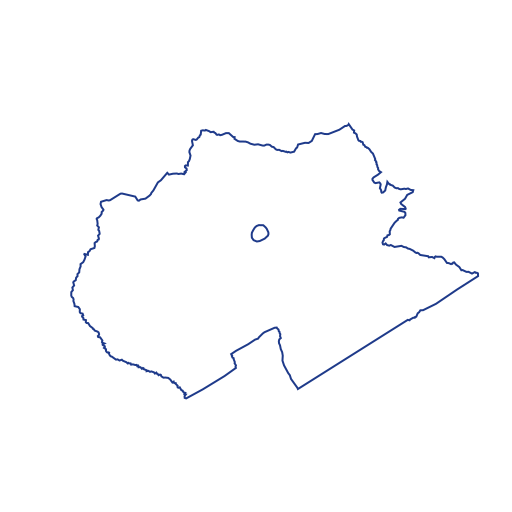 Kamonia, Kasaï-Occidental, Democratic Republic of the Congo, rotated 329°
{"feature_id": "63176286B40120828568077", "entity_name": "Kamonia", "entity_type": "district", "adm_level": 2, "iso_a3": "COD", "parent_name": "Democratic Republic of the Congo", "parent_adm1": "Kasaï-Occidental", "projection": "orthographic", "projection_center": [20.742, -6.517], "detail": "fine", "context": "isolated", "style": "outline", "palette": "blue", "viewbox_px": 512, "rotation_deg": 329, "n_neighbors": 0, "source": "geoboundaries", "source_scale": "gbopen_adm2", "svg_char_len": 6082}
<svg xmlns="http://www.w3.org/2000/svg" viewBox="0 0 512 512"><g transform="rotate(329 256 256)"><path d="M76.0,225.1L76.3,226.2L77.6,227.1L77.6,230.5L78.9,233.7L78.7,234.4L79.3,235.3L79.3,236.8L81.3,239.3L81.7,240.4L81.3,242.1L80.9,242.7L79.2,243.2L79.0,244.2L80.5,245.4L80.8,249.3L79.6,250.5L79.6,251.1L81.0,252.9L79.0,252.8L78.8,253.3L79.9,255.4L79.6,256.2L78.4,256.5L79.4,258.7L78.5,260.0L78.6,261.6L79.0,262.3L79.9,262.6L80.3,263.2L79.7,263.8L79.5,266.0L79.9,267.3L80.6,268.0L82.6,272.7L84.1,273.3L85.2,275.3L87.6,275.8L88.0,277.3L90.2,280.3L90.7,282.0L91.6,281.9L91.9,282.7L93.2,283.5L93.0,284.8L94.7,285.5L96.4,287.3L97.5,287.8L97.5,289.2L98.5,289.1L98.6,289.9L98.1,290.9L99.7,291.8L100.1,293.9L101.4,293.7L101.8,294.3L101.5,295.2L103.4,297.6L102.9,298.4L104.6,299.0L105.5,300.7L106.8,301.0L108.6,303.1L108.8,304.7L110.5,304.6L110.5,306.0L111.0,306.3L111.1,308.0L112.7,308.2L113.2,308.9L112.9,310.4L114.0,312.6L115.7,313.5L118.0,315.3L118.9,317.8L119.2,321.4L120.7,321.3L120.4,322.5L120.7,323.1L121.7,323.6L121.4,324.6L122.0,326.8L121.5,327.3L121.2,328.3L121.7,329.0L123.0,329.3L122.9,332.3L123.8,333.7L123.5,334.4L124.0,336.0L124.8,336.8L123.6,337.4L124.6,338.5L122.6,339.3L121.8,340.9L122.8,342.1L141.7,342.9L167.2,342.7L181.1,341.6L181.4,340.4L182.5,339.4L182.4,337.0L183.2,336.0L183.7,333.0L184.2,332.1L183.5,330.9L183.8,329.2L184.2,329.1L184.2,327.3L190.2,327.0L203.8,327.6L212.2,327.2L215.2,327.9L216.6,327.2L221.9,325.9L224.0,325.7L235.0,327.1L236.9,328.0L236.8,328.8L237.4,330.6L236.8,332.2L237.1,333.0L236.5,334.5L236.6,335.5L235.3,337.1L235.0,339.1L233.0,339.5L231.7,340.8L230.8,342.7L230.6,344.9L229.3,348.5L228.9,351.9L227.6,355.2L224.8,359.3L223.7,364.2L223.3,373.0L223.6,375.6L222.7,379.4L223.6,390.4L223.4,391.6L353.2,388.9L354.5,390.2L355.4,389.8L359.0,389.9L360.3,390.7L360.9,390.2L362.1,390.6L365.1,388.4L366.9,388.2L368.9,387.2L371.3,388.5L385.7,389.7L411.1,388.3L436.0,387.6L437.3,385.2L436.6,384.0L435.8,383.7L435.3,382.5L432.1,382.3L430.0,379.0L428.2,378.0L425.8,374.4L424.7,374.0L424.6,370.2L423.0,366.4L422.6,363.5L421.6,363.2L420.3,363.8L419.6,363.3L419.0,363.4L417.5,361.3L416.1,360.3L415.8,355.7L415.2,353.4L414.4,352.0L410.5,349.7L409.7,348.8L408.9,348.9L407.8,349.7L406.4,347.5L403.4,346.1L403.5,344.9L397.3,339.7L396.7,337.4L396.1,336.4L395.1,336.1L394.4,335.0L393.5,332.4L391.4,329.1L390.0,327.8L389.2,326.0L387.3,324.4L385.9,322.2L379.4,319.6L377.2,316.0L375.6,315.8L374.0,314.2L373.6,312.0L371.7,312.2L370.9,311.4L371.3,309.7L372.6,308.6L373.5,308.4L374.6,307.0L375.2,306.8L378.2,307.1L379.3,306.0L381.0,306.5L381.9,306.3L383.3,303.7L384.6,302.9L385.5,301.9L391.9,298.9L394.9,298.2L396.0,298.2L396.9,297.3L398.5,297.1L400.9,298.0L402.2,299.2L405.1,298.0L406.2,296.0L406.0,294.6L402.2,290.8L402.4,290.1L404.0,289.9L408.3,292.8L408.7,292.5L409.0,290.8L407.2,286.2L407.4,284.5L413.2,283.7L417.1,281.5L423.2,282.0L424.7,280.6L422.6,279.0L421.1,276.4L419.0,275.8L417.8,274.7L414.4,273.4L413.2,272.2L412.6,270.9L411.3,270.3L410.1,268.7L409.5,266.1L407.6,263.9L407.7,263.2L407.1,262.7L406.8,260.1L405.1,262.1L402.8,263.9L400.5,266.4L397.7,267.0L396.4,266.5L396.4,265.5L397.0,264.5L397.2,263.4L397.1,261.7L399.7,258.9L399.9,257.9L399.6,256.4L396.0,255.1L395.2,254.0L395.0,250.8L395.6,249.8L397.3,249.2L402.5,249.1L406.3,248.5L405.3,246.5L405.3,244.6L406.0,243.5L405.9,242.3L406.7,240.4L406.5,239.6L407.3,238.3L407.2,237.6L407.7,237.0L407.4,235.0L408.1,234.4L409.0,228.4L408.3,226.1L408.2,222.9L407.6,221.0L406.8,220.3L406.9,219.8L405.9,218.7L406.0,216.8L405.3,215.9L406.0,213.4L405.6,212.7L404.6,212.0L404.7,211.2L403.6,210.3L403.4,209.5L404.1,205.6L404.9,203.7L404.4,202.0L403.5,200.7L404.8,199.0L403.8,197.3L403.4,190.7L402.7,191.2L401.9,191.2L400.5,191.1L399.2,190.4L392.5,190.7L380.7,188.7L377.7,186.8L375.1,184.1L371.4,183.1L369.4,182.0L363.1,186.1L359.3,186.2L356.3,184.2L349.5,182.1L347.1,184.2L345.8,184.3L342.4,186.2L338.8,185.1L337.4,183.5L336.3,183.3L335.8,182.2L335.2,182.1L333.1,179.7L332.0,179.3L330.5,176.9L328.8,176.0L327.9,174.7L327.2,171.7L325.9,170.5L325.1,168.0L323.9,166.8L322.3,165.9L319.9,165.6L318.5,164.7L315.3,161.3L311.9,159.8L309.0,156.8L307.7,154.5L305.9,152.5L301.0,149.5L299.6,148.0L297.9,144.4L298.9,143.1L297.7,142.2L296.0,136.7L293.5,135.2L289.3,134.6L287.5,134.0L286.8,132.7L285.2,132.2L284.7,131.7L284.5,129.7L283.8,128.7L283.7,127.7L280.9,126.5L280.1,124.8L277.9,122.1L276.9,122.2L275.0,120.8L273.5,120.4L271.1,123.5L270.0,123.7L268.6,124.9L267.4,124.8L265.2,125.6L264.2,125.5L262.3,123.5L261.4,123.5L260.4,124.4L258.9,128.6L254.8,130.3L253.4,131.3L252.4,132.6L251.6,136.2L249.1,138.9L247.3,140.2L246.0,140.5L244.2,143.4L242.3,142.1L241.4,142.3L240.8,143.4L241.5,145.3L240.9,146.7L237.9,147.2L237.6,147.7L238.8,147.7L238.9,148.0L236.5,148.9L234.3,146.8L231.8,145.8L230.6,144.5L227.2,142.7L223.3,141.4L222.8,139.0L213.5,142.1L209.8,142.4L201.7,147.0L198.8,148.0L197.9,148.8L195.9,149.4L190.8,149.9L186.2,148.1L184.1,148.3L183.2,147.4L183.1,142.9L173.4,133.5L172.0,132.8L170.6,132.8L159.7,133.0L158.4,132.6L156.7,131.1L151.1,129.7L149.5,131.4L148.8,134.5L149.1,137.7L148.5,138.3L146.4,138.8L145.4,140.3L143.3,141.3L141.0,141.9L139.3,141.7L138.5,142.1L138.3,143.6L136.8,146.9L135.6,148.1L136.1,150.5L134.3,152.4L134.5,153.6L133.6,156.1L133.2,156.6L131.1,157.2L130.4,160.0L129.7,160.8L128.6,160.6L127.4,161.7L125.6,161.5L124.3,161.8L122.9,164.6L121.6,165.9L117.7,165.0L115.7,166.1L114.0,166.2L112.5,168.4L110.0,165.9L109.7,166.1L109.7,168.6L107.1,170.8L104.7,172.3L101.4,172.6L100.3,174.6L97.9,176.4L96.0,179.0L93.6,179.6L92.6,181.4L90.7,181.9L89.0,183.9L86.5,184.0L85.8,184.5L84.9,187.6L82.4,188.4L81.4,191.0L79.1,191.8L77.3,194.7L77.0,196.1L77.6,197.9L77.3,199.2L76.3,200.5L75.7,203.5L74.7,205.6L77.4,208.2L77.6,210.9L76.1,213.2L76.0,214.0L76.3,214.8L77.7,216.1L77.3,217.9L75.9,217.9L75.7,218.6L76.1,220.2L75.4,221.6L77.2,223.4L76.0,225.1ZM272.4,245.6L266.9,245.1L264.2,244.0L262.1,241.2L261.9,238.2L263.2,235.6L264.5,233.9L267.3,232.2L269.7,231.0L271.9,230.6L274.3,231.0L278.1,233.4L279.0,236.4L279.2,238.2L278.8,242.0L278.0,243.6L276.7,244.7L272.4,245.6Z" fill="none" stroke="#1e3a8a" stroke-width="2"/></g></svg>